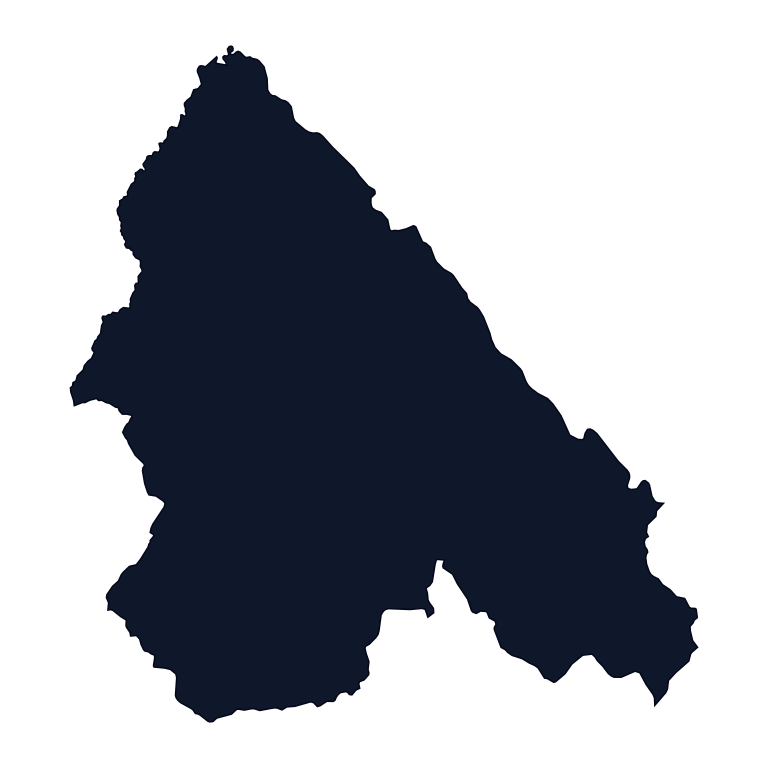 the district of Bat Xat, Lào Cai, Vietnam
{"feature_id": "81297802B11536853186467", "entity_name": "Bat Xat", "entity_type": "district", "adm_level": 2, "iso_a3": "VNM", "parent_name": "Vietnam", "parent_adm1": "Lào Cai", "projection": "robinson", "projection_center": [103.676, 22.597], "detail": "fine", "context": "isolated", "style": "filled", "palette": "ink", "viewbox_px": 768, "rotation_deg": 0, "n_neighbors": 0, "source": "geoboundaries", "source_scale": "gbopen_adm2", "svg_char_len": 6061}
<svg xmlns="http://www.w3.org/2000/svg" viewBox="0 0 768 768"><path d="M663.5,503.3L658.3,502.9L655.8,502.0L654.4,500.5L651.9,496.3L649.5,485.2L648.5,483.1L645.2,480.6L643.3,480.8L641.6,482.1L637.0,488.9L631.3,489.5L628.0,488.6L627.2,485.5L629.5,478.4L629.6,475.5L628.9,472.8L627.0,470.1L618.2,461.3L596.8,433.5L592.9,430.3L590.1,429.0L587.5,429.4L585.2,433.2L583.8,438.8L582.2,439.7L578.0,439.4L569.8,435.2L561.0,415.7L552.9,404.1L547.6,398.6L538.1,393.7L531.5,388.8L528.5,385.7L526.2,382.1L521.9,371.2L520.3,368.9L511.2,359.9L500.7,353.9L495.1,347.7L491.6,339.9L489.8,333.1L483.5,317.1L479.4,310.2L477.2,307.5L470.2,302.3L467.6,298.7L466.5,293.5L461.8,288.2L453.3,275.5L451.3,273.6L443.4,269.0L436.4,261.9L434.7,258.7L430.5,247.4L426.1,243.4L422.5,241.9L415.8,226.8L413.5,225.7L406.1,228.9L398.8,230.7L394.1,230.4L391.6,231.2L389.7,229.6L387.7,219.9L381.3,212.5L375.5,210.4L372.5,208.1L371.6,206.5L370.9,203.1L371.0,197.8L375.0,194.0L375.1,191.9L374.4,189.9L368.2,186.2L359.4,176.1L353.9,168.2L332.3,147.0L322.5,136.0L319.6,133.7L317.2,132.9L313.0,133.1L309.0,132.2L305.3,130.1L295.1,121.6L293.4,118.0L291.2,106.7L288.0,102.7L285.5,101.0L281.2,99.9L275.3,96.0L271.9,95.5L269.6,93.5L267.6,90.0L267.1,78.5L264.0,66.8L259.1,61.0L257.0,59.5L251.8,58.3L250.1,56.9L246.5,57.5L244.8,56.9L240.4,52.4L238.2,51.3L236.1,52.2L233.6,54.6L231.2,54.5L230.5,53.9L230.3,52.5L232.9,50.7L233.1,48.4L232.3,46.6L231.0,46.1L229.1,46.7L227.4,49.2L228.8,54.8L227.1,56.1L224.3,55.7L222.9,57.0L223.1,58.8L225.7,62.0L226.8,65.2L216.3,63.3L215.9,61.9L217.2,57.9L216.6,56.8L205.6,66.7L201.2,65.7L199.3,66.3L197.6,69.2L197.4,71.6L199.9,77.9L201.6,84.3L198.1,88.7L193.7,89.8L191.0,97.2L187.4,100.0L184.5,103.2L184.4,105.2L185.5,108.3L185.4,111.6L186.2,114.1L185.7,115.7L184.7,116.4L182.1,114.8L180.9,115.0L180.7,119.3L178.5,126.2L177.3,128.1L171.9,126.7L169.8,127.8L167.7,131.7L167.7,135.3L167.0,138.4L164.2,141.0L163.3,143.4L160.0,143.0L159.0,143.7L160.3,148.4L159.5,151.4L158.3,152.2L154.6,151.8L153.3,152.8L152.3,155.6L148.3,155.9L147.1,156.7L146.4,159.6L143.1,164.1L143.5,166.0L145.4,168.7L145.2,170.8L143.7,171.3L142.1,169.5L140.3,169.3L137.5,171.9L135.5,172.9L135.2,174.2L136.0,176.3L134.9,178.5L134.9,181.5L131.4,184.2L127.4,192.1L127.8,195.3L126.7,196.3L123.8,197.0L122.9,199.0L119.7,200.8L119.7,205.6L117.4,209.0L117.2,210.8L117.9,214.2L119.6,217.0L119.7,219.8L121.5,222.1L120.9,226.0L121.6,228.2L120.5,230.9L121.5,232.3L121.9,234.9L123.7,236.4L124.0,238.6L126.1,241.2L124.7,244.7L126.5,247.9L129.6,248.3L130.7,249.8L133.2,251.1L133.3,254.5L135.7,257.7L140.1,259.9L140.6,262.7L140.3,266.4L142.1,269.9L142.2,271.4L138.2,276.4L138.4,282.9L135.8,283.6L134.8,285.4L135.3,290.2L133.0,293.0L130.4,299.1L130.7,302.5L129.9,303.8L130.1,307.0L129.5,308.3L123.4,307.6L120.2,309.7L118.8,312.2L117.5,313.1L112.7,312.3L110.8,314.6L108.2,314.7L106.1,316.4L103.1,316.1L102.3,316.9L102.1,318.1L103.4,322.1L101.7,325.4L100.5,333.7L98.0,336.6L97.0,339.4L95.1,340.8L91.9,348.3L92.3,350.0L94.0,351.9L94.1,352.9L91.5,358.5L88.2,361.0L84.4,365.5L83.2,370.0L77.3,375.7L76.0,380.9L73.0,382.6L72.5,386.2L70.4,387.8L70.8,391.9L73.6,400.5L74.3,405.7L82.4,402.5L85.0,402.6L89.8,400.2L96.5,398.5L98.6,400.5L102.0,400.3L106.0,402.6L109.4,403.3L115.7,407.2L118.0,407.4L119.4,411.0L122.3,414.2L126.6,414.1L131.8,415.3L131.9,417.4L130.8,418.3L128.8,422.9L127.0,424.1L124.8,427.5L122.7,432.3L125.6,437.8L127.4,439.8L128.7,443.6L135.3,455.3L143.9,463.7L144.5,465.6L142.9,468.0L142.5,470.8L144.7,483.5L147.5,492.1L149.0,494.9L156.0,496.0L163.1,500.9L164.6,502.5L165.0,503.9L164.1,507.2L152.9,524.1L151.1,528.1L150.2,532.5L153.4,534.5L153.9,535.9L150.2,540.4L150.3,542.1L148.8,544.4L148.1,547.1L140.5,559.3L136.2,564.8L129.4,566.4L123.0,572.5L121.4,574.6L118.4,581.1L112.6,586.3L106.9,594.7L106.4,597.5L108.6,602.8L107.9,610.1L110.5,609.6L112.9,610.3L120.7,616.6L125.8,619.7L126.3,620.5L126.0,625.7L126.6,627.4L130.0,632.5L130.6,636.0L136.4,635.5L139.6,639.0L141.2,644.7L143.6,649.7L144.8,651.0L148.5,651.8L150.9,653.7L154.5,655.2L154.7,657.8L153.5,665.5L154.0,667.0L165.1,668.1L170.5,669.5L175.9,674.0L176.7,677.7L175.5,695.2L176.1,697.6L177.8,700.2L180.5,702.6L190.9,708.3L192.9,709.7L195.4,713.5L197.9,713.9L200.0,715.0L207.7,721.1L209.6,721.9L213.0,721.5L216.7,718.1L231.5,714.1L236.6,709.4L238.4,709.1L244.4,710.1L251.5,708.7L254.2,708.7L259.7,710.5L273.8,707.9L276.8,707.9L282.0,709.9L286.8,706.9L294.9,706.3L310.7,701.8L313.7,702.7L317.3,706.5L318.1,706.4L320.2,705.7L326.8,701.3L333.4,701.4L335.0,700.2L336.2,697.2L338.0,694.7L340.3,692.6L346.1,691.6L347.8,692.5L349.4,694.5L351.9,694.9L356.0,690.0L359.7,688.3L358.7,683.7L359.5,681.7L364.1,679.9L368.5,674.9L368.9,673.2L368.0,669.3L368.9,661.7L366.1,653.4L364.9,647.9L365.6,646.3L369.4,644.1L375.9,637.5L378.0,634.4L379.0,630.7L381.1,614.9L383.0,611.7L385.0,609.7L388.3,608.6L410.0,609.5L421.9,608.4L425.2,609.3L427.9,617.2L433.7,612.8L433.4,608.3L429.2,602.5L428.0,599.9L427.4,593.2L426.0,588.1L429.8,585.4L432.3,581.7L435.1,564.2L436.3,560.0L437.3,559.4L444.5,560.0L443.1,564.2L442.8,566.3L443.3,567.9L452.6,574.2L457.3,583.6L467.6,599.1L471.5,610.6L472.9,612.2L476.3,613.4L480.6,611.0L485.9,611.5L487.0,612.1L489.3,617.9L495.1,621.1L496.1,624.3L494.3,627.6L494.3,629.5L501.1,647.4L505.2,649.6L507.9,652.5L512.1,655.4L522.1,658.6L529.3,663.0L534.8,665.5L538.2,668.0L544.5,678.1L547.4,678.6L553.7,682.3L555.5,681.8L565.0,673.8L571.8,664.1L582.7,655.2L592.0,654.1L595.1,657.0L597.2,660.5L602.7,666.1L608.4,673.6L611.4,676.0L614.0,677.2L621.3,677.2L635.0,671.2L639.8,672.7L646.0,684.3L653.1,694.5L654.5,697.9L654.8,705.4L665.7,692.7L667.4,689.2L668.4,680.5L675.7,672.6L688.8,661.1L690.6,654.1L691.8,652.3L697.6,647.3L692.6,640.6L690.3,630.8L690.0,626.5L693.1,622.9L694.2,620.1L697.3,617.7L696.2,609.2L695.1,608.4L691.1,608.3L689.3,607.3L684.7,598.5L676.5,596.8L670.0,589.7L662.5,584.7L658.3,578.9L653.6,576.6L650.9,574.5L649.1,571.4L646.6,564.3L645.7,557.5L646.4,554.3L647.7,552.2L647.2,549.9L645.0,546.5L644.2,542.1L645.4,538.5L648.3,536.5L646.4,532.5L647.3,524.8L655.9,516.4L656.5,510.8L663.5,503.3Z" fill="#0f172a" stroke="#020617" stroke-width="1.5"/></svg>